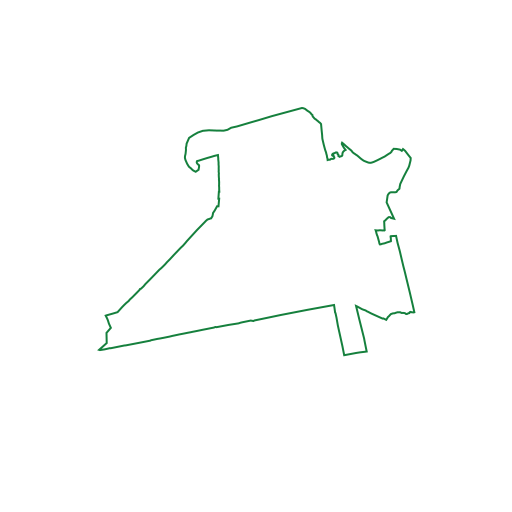 outline of Dobrun, Olt, Romania, rotated 332°
{"feature_id": "2599482B92313986888517", "entity_name": "Dobrun", "entity_type": "district", "adm_level": 2, "iso_a3": "ROU", "parent_name": "Romania", "parent_adm1": "Olt", "projection": "orthographic", "projection_center": [24.23, 44.251], "detail": "fine", "context": "isolated", "style": "outline", "palette": "green", "viewbox_px": 512, "rotation_deg": 332, "n_neighbors": 0, "source": "geoboundaries", "source_scale": "gbopen_adm2", "svg_char_len": 6151}
<svg xmlns="http://www.w3.org/2000/svg" viewBox="0 0 512 512"><g transform="rotate(332 256 256)"><path d="M308.9,392.3L309.8,389.2L312.1,381.5L312.7,379.7L317.4,360.7L320.9,347.1L321.8,348.3L322.9,350.0L323.8,351.4L324.5,352.5L325.4,353.6L327.1,355.4L327.5,356.0L327.8,356.7L328.9,358.1L329.7,359.3L330.8,360.9L336.2,367.9L338.4,370.7L339.1,370.9L339.9,371.9L341.0,373.5L342.6,372.6L343.7,371.9L345.3,371.5L346.6,371.0L347.9,370.6L349.1,370.8L350.2,371.0L351.1,371.5L352.0,371.7L353.0,371.8L353.9,372.0L354.5,372.1L355.1,372.4L355.9,372.9L356.7,373.2L357.2,373.7L357.5,374.3L357.9,374.7L358.8,375.1L359.7,375.6L360.3,376.1L361.0,376.9L361.2,377.6L361.6,377.9L362.2,378.1L362.9,378.1L363.3,378.1L364.0,378.2L364.6,378.4L364.8,378.1L365.2,377.9L365.9,377.8L366.4,378.0L366.7,378.4L367.3,379.0L367.9,379.3L368.8,379.9L369.4,380.0L371.2,373.5L374.7,360.3L378.1,347.0L379.5,341.6L380.4,338.0L381.2,334.6L383.1,327.3L385.2,319.4L385.6,317.7L386.4,314.2L387.1,311.1L387.6,309.3L388.5,306.1L389.1,304.0L384.4,301.8L384.1,301.8L383.9,302.1L383.7,302.6L383.5,303.3L383.1,304.2L382.5,305.4L382.2,306.2L381.9,306.3L381.2,306.1L379.9,305.9L378.0,305.5L375.6,305.2L372.9,304.4L371.8,304.3L371.2,304.1L370.8,303.9L370.8,303.5L370.9,302.7L371.4,301.0L371.6,300.0L371.8,299.1L372.1,297.8L372.4,296.4L372.6,295.6L372.6,294.7L373.0,292.5L373.3,291.5L373.5,290.4L373.6,290.1L373.7,289.5L374.1,289.8L374.8,290.2L375.4,290.6L376.1,290.9L376.7,291.1L377.4,291.4L378.0,291.7L378.4,292.0L379.2,292.5L379.8,292.9L380.5,293.2L381.2,293.7L381.5,293.7L381.8,293.6L382.2,292.5L382.7,291.4L383.7,289.2L384.5,287.6L385.4,285.6L385.7,285.4L386.1,285.3L387.0,285.3L387.5,285.0L389.5,284.4L391.3,284.0L391.7,284.1L392.2,284.4L392.6,284.6L392.9,285.2L393.1,285.9L393.6,286.3L395.4,287.9L396.5,270.0L398.7,267.0L400.6,264.4L401.3,263.9L402.2,263.4L403.3,263.0L404.4,262.9L405.5,263.3L408.6,265.0L409.5,265.3L410.2,265.4L411.6,264.6L412.6,264.3L414.1,264.0L414.5,263.6L415.3,262.4L417.2,260.1L424.1,255.0L428.6,251.9L432.1,249.6L433.7,248.2L437.3,244.2L438.6,242.1L437.9,238.4L437.0,233.1L436.0,230.6L434.1,231.6L433.1,229.7L430.4,227.5L427.9,226.0L426.6,226.5L425.4,226.9L424.5,227.6L423.5,227.9L422.7,228.1L421.4,228.1L419.1,228.3L416.3,228.6L413.6,228.5L411.2,228.5L407.6,228.4L404.1,228.2L402.3,227.9L401.1,227.6L400.2,227.1L399.2,226.4L398.3,225.4L396.7,223.5L396.1,222.8L395.5,221.8L394.8,220.4L394.2,219.1L393.0,215.9L392.7,215.2L392.3,214.3L391.7,213.3L391.3,212.4L390.7,211.4L390.4,210.6L390.1,210.1L389.9,209.3L389.9,208.7L389.5,207.2L388.9,205.8L388.2,204.2L387.7,202.8L387.2,201.7L386.6,200.0L386.0,198.3L385.2,196.4L384.7,196.8L384.3,197.6L384.4,201.3L384.5,202.3L384.9,204.4L383.8,204.4L382.4,204.7L381.2,205.3L380.3,206.3L379.5,207.6L378.7,208.0L377.9,207.9L377.3,207.7L376.4,207.7L375.7,206.3L376.1,205.8L376.3,205.1L375.9,204.4L376.3,203.0L376.0,202.5L375.0,202.0L374.0,202.1L372.6,201.8L371.7,201.8L371.1,202.1L370.7,202.4L370.5,202.8L370.6,203.2L370.8,203.5L371.6,203.6L371.4,204.7L371.5,205.6L371.2,206.2L370.5,206.5L369.7,206.4L369.0,206.1L368.1,205.5L366.4,205.7L365.7,205.2L364.3,204.9L364.9,203.3L365.1,202.2L365.7,200.6L366.1,198.7L366.5,197.4L366.6,196.5L366.9,194.6L367.4,192.4L368.1,189.4L368.8,186.8L369.2,185.2L369.7,183.5L370.4,181.9L371.1,180.4L373.1,175.5L374.9,171.2L375.4,170.0L375.3,169.7L375.2,169.1L375.1,168.6L374.8,168.0L374.5,167.4L374.2,166.6L373.9,165.7L373.6,165.1L373.3,164.5L373.2,163.9L372.7,163.1L372.2,162.1L371.8,160.1L371.6,159.6L371.7,159.0L371.8,158.4L372.0,158.0L371.8,157.5L371.6,157.1L371.5,156.6L371.4,156.1L371.3,155.6L371.2,155.0L370.9,154.3L370.6,153.7L370.4,153.2L370.0,152.6L369.6,151.9L369.4,151.5L369.2,151.0L369.1,150.6L368.8,150.2L368.5,149.3L368.0,148.7L367.5,148.1L367.1,147.7L366.1,146.9L335.8,140.0L322.2,137.3L315.2,135.8L300.1,132.7L294.3,131.1L290.1,131.2L286.4,130.2L280.3,126.9L273.5,122.9L267.8,120.5L262.7,119.7L257.8,119.8L252.4,120.3L247.5,124.2L246.2,126.1L244.9,127.5L244.0,129.4L242.8,131.2L241.7,132.8L240.2,134.5L239.3,136.0L238.8,138.1L238.5,142.1L238.6,144.1L238.7,145.6L239.1,146.7L239.6,147.7L240.0,149.1L240.5,150.6L241.3,151.9L242.3,153.3L245.8,152.9L246.2,152.3L246.5,151.9L246.9,151.5L247.6,150.5L248.2,149.5L248.3,149.0L247.9,148.2L247.6,147.1L247.5,146.6L247.5,146.1L247.6,145.6L247.7,145.3L248.2,144.8L248.6,144.5L249.9,144.9L253.9,145.6L259.1,146.6L263.3,147.5L266.4,148.1L269.8,149.0L268.4,152.3L268.0,153.0L267.7,153.8L266.7,156.2L266.1,157.2L265.1,159.5L264.2,161.1L263.2,163.1L262.8,163.6L262.6,164.2L262.1,165.3L261.8,166.1L261.4,166.5L260.9,167.5L260.6,168.2L260.4,168.5L260.2,169.0L259.8,169.9L259.6,170.5L259.1,171.2L258.9,171.8L258.6,172.4L258.1,173.6L257.8,174.0L257.2,175.2L256.3,176.7L255.7,178.1L254.6,180.2L253.8,182.0L253.4,181.8L249.7,187.7L250.4,188.1L246.2,194.5L245.0,193.8L241.0,196.4L238.2,197.9L237.5,198.9L236.9,199.6L236.0,200.6L235.0,201.1L234.1,201.7L233.6,201.5L232.5,201.4L230.3,201.0L228.1,201.5L226.7,202.0L216.0,205.4L201.7,210.5L200.1,211.2L196.4,212.6L193.4,213.4L183.7,216.6L178.6,218.4L174.7,219.6L171.8,220.7L168.9,221.6L166.4,222.3L164.4,222.7L152.7,226.5L145.3,228.8L142.4,230.0L139.0,230.9L138.0,230.7L137.7,230.9L137.4,231.2L135.3,231.9L127.3,234.4L124.5,235.1L123.8,235.3L123.2,235.7L122.7,235.8L122.2,236.0L119.3,236.6L116.5,237.4L113.7,238.3L107.4,240.6L102.9,239.7L96.5,238.3L95.3,238.1L95.2,241.4L95.0,243.4L94.4,246.6L94.1,251.3L87.9,253.7L83.3,262.8L73.4,265.2L74.0,265.8L78.6,267.4L83.8,268.8L84.3,269.2L97.7,273.2L99.1,273.8L112.4,277.9L122.9,281.1L123.8,281.1L126.5,281.9L130.0,282.9L132.9,283.9L134.6,284.4L135.5,284.7L141.9,286.6L144.7,287.3L146.4,287.8L150.6,289.0L151.0,289.1L156.5,290.8L159.9,291.8L162.4,292.6L164.2,293.1L166.8,293.9L168.8,294.5L173.2,295.8L173.6,295.9L178.2,297.3L181.2,298.2L185.1,299.4L186.7,299.6L187.1,299.8L187.7,300.3L192.8,301.9L199.5,304.0L209.0,307.3L210.9,307.6L212.8,308.1L220.6,310.4L221.0,310.5L223.2,312.2L224.4,312.2L237.7,316.1L250.1,319.7L276.2,327.7L301.9,335.9L301.2,337.9L299.3,343.1L299.4,343.7L298.1,348.3L295.7,355.6L293.9,362.0L293.8,362.4L289.9,376.4L287.5,384.3L287.3,385.0L298.8,388.6L302.0,389.7L303.1,390.1L306.7,391.5L308.9,392.3Z" fill="none" stroke="#15803d" stroke-width="2"/></g></svg>